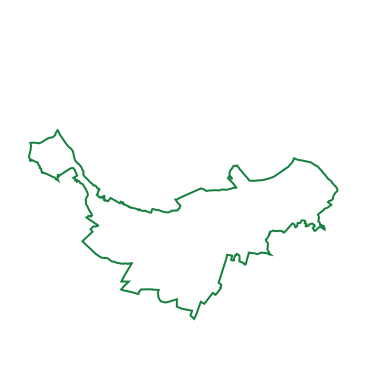 Bozieni, Neamt, Romania (Robinson projection), rotated 154°
{"feature_id": "2599482B32381271441221", "entity_name": "Bozieni", "entity_type": "district", "adm_level": 2, "iso_a3": "ROU", "parent_name": "Romania", "parent_adm1": "Neamt", "projection": "robinson", "projection_center": [27.175, 46.823], "detail": "fine", "context": "isolated", "style": "outline", "palette": "green", "viewbox_px": 384, "rotation_deg": 154, "n_neighbors": 0, "source": "geoboundaries", "source_scale": "gbopen_adm2", "svg_char_len": 6037}
<svg xmlns="http://www.w3.org/2000/svg" viewBox="0 0 384 384"><g transform="rotate(154 192 192)"><path d="M315.8,307.0L316.5,303.8L317.7,302.2L318.4,300.9L323.1,295.1L323.3,294.3L323.1,293.1L323.9,291.2L322.8,290.6L322.4,291.3L322.2,291.3L322.0,290.4L320.6,289.7L319.9,288.1L318.2,286.7L317.9,286.3L317.8,285.8L318.0,285.1L317.8,284.4L318.1,283.8L318.0,283.2L317.5,281.7L318.1,280.9L318.3,280.2L317.7,279.6L317.4,279.1L318.1,277.1L317.8,275.9L318.4,275.6L318.4,275.1L317.1,274.4L316.4,273.8L314.4,271.6L310.3,266.4L309.2,265.4L308.8,264.7L308.7,262.9L308.0,262.4L307.3,261.1L307.2,262.5L306.0,264.8L305.6,264.9L305.1,264.4L304.9,264.4L305.0,265.2L304.9,265.6L305.2,265.8L305.1,266.1L304.5,265.9L303.7,265.0L301.4,265.3L299.5,265.4L295.8,266.0L290.2,266.5L288.4,265.7L288.0,265.2L287.8,264.1L287.7,262.8L287.9,262.2L287.8,261.1L288.1,257.0L292.4,256.7L291.7,255.8L291.7,255.1L291.2,254.6L291.7,253.7L291.2,253.8L290.3,253.4L290.1,253.1L290.7,252.4L290.9,251.7L289.4,251.8L288.7,251.2L288.5,250.0L288.6,249.4L288.3,248.7L286.9,247.3L286.2,241.3L286.3,237.1L286.5,236.0L286.8,235.2L287.2,234.6L288.9,233.5L291.0,231.6L291.3,230.1L292.5,227.9L292.3,225.4L292.4,220.8L291.9,216.7L292.2,214.8L293.4,214.2L293.6,214.4L293.6,215.0L294.8,215.1L295.3,215.8L295.9,215.9L297.1,215.1L297.9,215.3L297.0,213.4L291.1,203.3L291.1,202.9L291.3,202.8L293.2,203.1L295.0,204.0L296.0,204.2L299.4,203.1L299.5,202.8L298.8,199.9L312.0,195.8L310.7,191.9L307.8,184.5L305.9,179.0L302.5,173.1L300.5,171.6L297.3,169.8L296.1,168.0L294.9,165.2L291.6,162.6L290.6,161.2L287.9,159.5L287.3,158.8L286.4,158.4L285.1,157.5L283.3,157.2L281.7,155.8L280.8,155.7L280.3,155.1L278.5,154.9L277.3,154.3L288.4,147.1L294.7,142.5L288.1,139.2L293.4,137.5L298.5,135.4L297.0,133.9L290.7,128.9L284.9,123.8L284.4,124.6L283.8,125.1L280.5,126.8L270.5,122.0L270.6,121.8L264.9,118.6L267.1,115.9L267.3,115.4L267.5,114.1L268.2,112.7L268.3,110.1L268.1,107.6L265.1,104.9L263.5,104.0L252.6,102.2L255.9,95.6L254.1,93.7L252.3,91.5L244.0,85.3L245.4,83.6L246.8,82.6L247.4,81.5L245.7,77.0L241.9,80.1L232.2,89.5L229.9,86.1L217.6,92.2L216.2,90.2L216.3,89.6L215.8,89.3L210.8,91.6L208.1,93.1L208.5,93.6L206.4,95.6L207.1,97.4L207.9,98.7L190.8,116.6L187.9,120.1L184.5,117.8L183.9,117.1L186.6,113.8L185.9,112.9L184.8,112.3L184.3,112.6L184.0,112.4L183.8,113.3L181.8,115.5L181.3,115.5L180.7,116.3L179.7,115.8L178.8,116.7L177.3,114.4L177.8,112.4L178.4,111.7L178.8,110.6L179.4,109.9L179.8,108.9L178.7,107.9L176.4,104.9L176.3,104.6L176.7,104.0L175.6,103.4L175.1,103.6L172.0,107.5L168.6,111.1L167.6,112.7L165.2,111.0L163.3,110.0L160.4,107.4L157.5,107.3L155.8,106.9L151.3,104.0L150.0,102.1L148.8,101.2L149.4,102.7L149.2,103.9L149.4,107.3L149.2,107.9L148.1,109.2L147.3,110.8L146.3,112.1L146.2,112.9L146.8,115.0L146.7,116.6L146.5,116.9L145.1,117.2L141.2,119.6L140.5,120.4L140.9,120.6L139.3,122.1L138.2,121.7L136.1,121.8L135.2,121.3L134.7,120.6L131.8,119.1L130.0,118.7L127.6,116.6L127.5,116.2L127.8,115.7L127.7,115.5L126.8,115.5L126.3,115.3L115.6,119.7L114.5,118.6L114.2,117.6L114.7,115.4L114.5,114.9L114.0,114.8L112.3,115.3L111.4,117.0L110.5,117.9L109.1,117.0L108.3,116.7L105.7,118.4L103.1,116.6L103.5,115.8L103.3,115.2L104.4,114.4L103.3,113.0L104.9,111.5L104.8,111.3L104.1,110.8L102.4,111.0L102.0,110.6L100.4,111.4L98.2,111.1L97.6,110.7L96.6,109.0L97.2,108.5L96.7,107.6L96.8,107.4L97.1,107.2L98.0,107.2L99.2,106.7L98.9,105.8L99.1,105.1L98.9,104.3L99.1,103.8L98.8,103.3L97.4,103.2L96.3,103.8L93.0,104.6L92.2,104.6L91.7,104.3L90.2,101.5L89.3,100.3L89.2,100.8L88.7,101.2L88.8,102.0L88.7,102.9L89.1,103.7L88.7,104.0L91.3,106.5L91.1,107.1L90.6,108.6L91.4,110.2L89.3,112.9L88.8,114.5L88.7,116.5L84.7,117.5L81.5,118.1L80.3,118.8L76.6,118.5L74.6,119.1L72.5,119.3L72.6,120.1L74.3,123.2L73.0,123.8L70.1,123.4L69.3,123.7L68.0,124.4L67.7,125.2L66.9,126.1L64.4,128.0L63.5,128.5L61.5,128.9L60.6,129.6L60.1,131.4L60.3,133.4L61.9,138.5L62.0,140.5L64.1,144.7L64.9,149.3L65.8,152.3L66.1,154.3L67.1,157.0L67.8,160.0L69.7,162.2L72.1,166.4L79.0,171.9L81.5,173.6L83.1,174.9L85.5,177.6L87.5,175.6L89.5,174.5L94.4,172.4L99.3,171.8L102.4,171.2L112.0,169.8L118.1,170.6L124.0,171.9L127.8,173.6L130.6,174.5L135.4,177.0L136.2,180.7L137.7,186.2L138.6,190.2L138.9,190.6L139.8,196.0L140.9,196.1L142.1,196.9L143.0,197.1L143.6,197.0L145.9,195.5L147.3,195.0L149.1,193.6L149.8,192.9L151.0,190.4L150.5,189.0L150.1,186.8L150.2,186.6L150.7,186.7L151.1,188.4L152.2,189.6L153.6,188.5L151.2,181.4L150.3,176.6L150.4,176.4L152.3,177.3L157.2,178.3L159.4,178.6L164.4,181.3L166.5,181.3L169.6,183.1L173.7,184.9L176.2,185.9L178.6,186.6L180.9,190.2L181.8,190.7L182.4,191.3L202.0,192.0L209.4,192.0L210.1,192.4L209.8,189.3L208.4,184.8L209.5,184.1L210.2,183.0L211.5,182.7L212.3,182.1L212.9,181.9L214.5,182.3L218.3,184.1L219.6,183.9L222.0,183.9L225.0,185.6L226.9,187.2L230.0,190.4L232.2,191.7L234.6,193.9L234.9,194.0L235.5,193.8L236.3,193.1L237.6,191.4L238.2,191.5L239.8,192.8L242.2,195.7L243.8,196.2L245.0,197.0L246.1,198.1L247.0,199.6L247.8,199.0L249.9,201.9L250.3,202.0L253.4,204.6L253.7,204.5L255.3,206.4L255.0,206.6L258.9,211.0L258.5,211.2L259.4,212.2L258.6,212.7L259.1,213.3L259.3,213.2L260.2,214.4L261.7,213.4L267.8,222.3L271.6,220.5L273.1,222.3L273.7,222.1L274.0,222.3L274.6,223.3L273.7,224.4L273.9,224.7L273.3,225.6L273.8,225.6L272.9,226.5L272.7,226.3L272.4,226.5L272.5,226.9L273.8,227.1L274.2,226.5L274.9,226.6L275.7,227.3L276.3,226.8L277.2,227.4L277.4,228.3L277.9,228.4L278.2,229.3L278.2,230.1L278.8,231.0L278.8,231.4L277.1,232.1L276.6,233.1L275.3,234.0L275.1,234.6L274.1,234.8L274.0,235.2L274.2,235.7L275.3,236.7L275.6,238.6L276.0,240.1L276.4,240.6L277.5,240.8L277.7,241.1L278.1,243.1L279.3,245.5L280.4,249.4L281.9,253.3L282.0,255.3L281.7,255.6L281.6,256.6L281.0,256.9L280.5,258.5L280.8,260.0L280.6,261.2L280.6,263.2L281.2,265.9L282.6,269.1L283.1,271.6L283.1,272.6L282.6,275.6L281.6,278.9L281.2,280.7L281.6,283.6L283.2,287.1L284.1,291.2L285.5,300.9L285.6,306.4L286.9,305.9L287.4,305.4L288.8,304.6L290.0,303.1L293.1,302.3L297.2,303.3L299.5,303.3L305.3,302.6L308.4,302.9L312.7,305.9L314.9,306.5L315.8,307.0Z" fill="none" stroke="#15803d" stroke-width="2"/></g></svg>